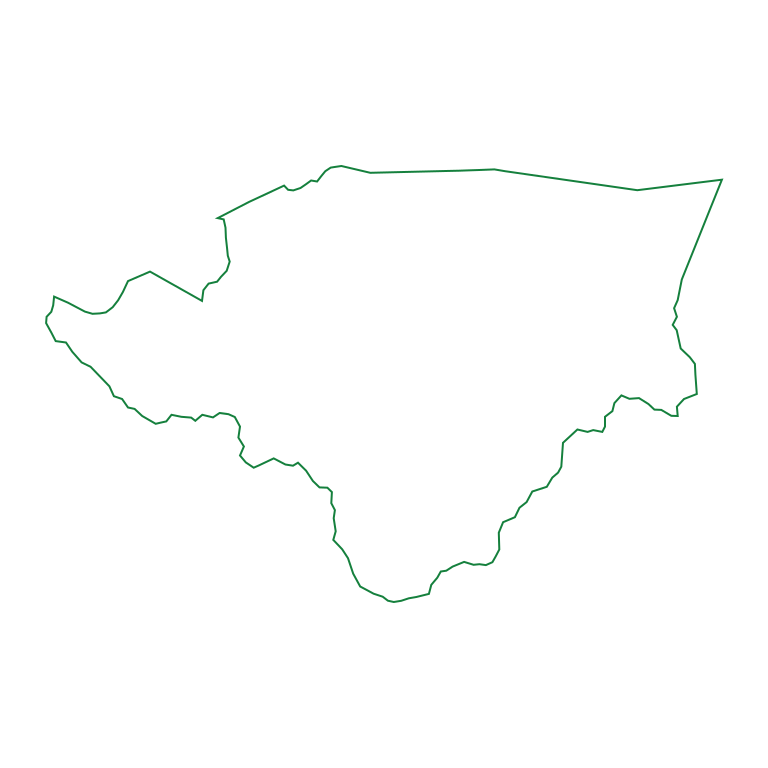 the district of Betânia do Piauí, Piauí, Brazil
{"feature_id": "56859067B13783160921542", "entity_name": "Betânia do Piauí", "entity_type": "district", "adm_level": 2, "iso_a3": "BRA", "parent_name": "Brazil", "parent_adm1": "Piauí", "projection": "robinson", "projection_center": [-40.777, -8.134], "detail": "fine", "context": "isolated", "style": "outline", "palette": "green", "viewbox_px": 768, "rotation_deg": 0, "n_neighbors": 0, "source": "geoboundaries", "source_scale": "gbopen_adm2", "svg_char_len": 2092}
<svg xmlns="http://www.w3.org/2000/svg" viewBox="0 0 768 768"><path d="M393.8,602.0L401.2,600.8L408.8,598.3L416.3,597.0L428.9,593.9L431.3,584.8L437.3,577.7L440.8,571.5L446.3,570.7L452.6,566.6L464.1,561.9L473.6,564.8L479.4,564.2L485.9,565.1L492.4,562.2L495.7,556.4L499.3,549.5L498.8,532.7L503.1,522.2L514.9,517.2L519.5,507.7L526.6,502.1L532.3,491.5L546.8,486.8L552.3,477.6L558.1,472.6L561.3,466.7L563.0,442.8L577.4,429.5L587.6,431.9L593.2,430.1L602.3,431.9L605.0,426.6L605.0,416.8L612.4,411.1L614.4,403.1L621.4,395.4L629.4,398.8L639.0,398.1L648.4,404.0L654.4,409.6L661.3,409.9L671.3,415.8L677.7,416.0L676.9,406.7L684.0,399.0L696.8,394.0L695.4,374.6L694.9,363.9L689.8,357.2L685.4,353.0L680.7,348.5L676.7,330.2L672.7,324.9L676.9,316.8L674.1,308.2L677.7,300.1L681.8,279.5L693.5,250.4L710.5,208.0L713.7,200.1L721.9,179.7L696.8,182.8L637.3,190.2L505.1,171.2L494.4,169.4L479.3,170.0L467.4,170.4L459.2,170.7L445.8,171.0L370.3,172.8L341.4,166.0L335.9,166.8L330.7,167.6L325.3,171.2L321.2,176.2L317.1,181.5L311.1,180.5L305.9,184.3L300.5,188.0L293.3,190.4L288.1,189.8L284.1,185.6L248.9,202.0L217.7,218.1L223.7,219.4L225.5,227.7L225.9,237.7L227.1,248.5L227.8,255.7L229.7,261.6L226.7,270.8L221.0,276.8L217.1,281.7L208.6,283.6L203.4,290.2L202.0,300.9L150.0,271.6L128.0,281.1L122.9,292.0L118.1,300.3L112.7,307.2L105.9,312.4L99.9,313.4L92.5,313.8L84.9,311.6L68.0,302.7L54.1,296.6L53.2,305.3L51.3,311.8L46.6,316.8L46.1,323.1L51.5,332.9L55.7,341.1L66.0,342.5L72.3,351.8L81.6,362.4L90.6,366.8L109.4,386.3L113.9,396.2L122.1,399.0L128.0,407.5L134.6,408.9L142.2,416.0L155.7,423.8L160.8,422.6L166.3,421.4L171.5,414.8L181.3,416.8L191.2,417.6L195.3,420.8L202.3,414.8L213.0,417.4L219.6,413.0L228.5,414.2L234.8,417.0L240.0,426.6L238.4,437.6L243.9,446.5L240.0,455.5L245.8,462.4L253.7,467.7L258.7,465.5L273.7,458.4L285.4,464.5L293.0,465.7L298.0,462.7L306.1,470.7L312.9,481.0L319.5,487.4L327.4,487.7L331.9,492.1L331.3,503.2L334.9,510.1L333.7,518.2L335.7,531.3L333.3,539.9L342.2,549.3L348.0,558.2L353.2,573.7L360.2,586.5L373.6,593.7L382.7,596.7L387.9,600.7L393.8,602.0Z" fill="none" stroke="#15803d" stroke-width="2"/></svg>